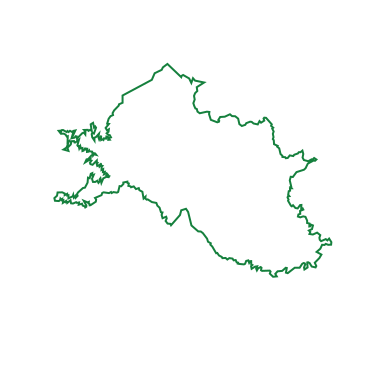 the district of São Francisco de Paula, Rio Grande do Sul, Brazil, rotated 152°
{"feature_id": "56859067B57132169155590", "entity_name": "São Francisco de Paula", "entity_type": "district", "adm_level": 2, "iso_a3": "BRA", "parent_name": "Brazil", "parent_adm1": "Rio Grande do Sul", "projection": "mercator", "projection_center": [-50.466, -29.166], "detail": "fine", "context": "isolated", "style": "outline", "palette": "green", "viewbox_px": 384, "rotation_deg": 152, "n_neighbors": 0, "source": "geoboundaries", "source_scale": "gbopen_adm2", "svg_char_len": 6050}
<svg xmlns="http://www.w3.org/2000/svg" viewBox="0 0 384 384"><g transform="rotate(152 192 192)"><path d="M317.1,248.6L313.8,246.5L312.1,246.9L311.3,247.9L311.1,246.9L309.8,246.9L310.7,245.7L309.4,245.3L311.1,243.0L307.5,243.2L308.0,242.1L307.0,241.9L307.3,240.9L303.2,241.7L304.1,238.8L302.5,237.7L299.1,237.4L298.7,236.4L296.6,235.8L298.0,234.0L294.6,233.3L294.9,231.3L293.4,229.7L293.5,228.5L292.3,228.6L291.6,229.7L291.7,235.1L289.0,231.8L287.8,231.7L288.7,230.5L288.1,229.6L288.6,228.3L287.8,228.0L281.5,228.6L280.2,230.3L280.4,232.3L273.4,231.7L271.7,233.3L270.2,233.2L265.8,230.0L263.5,230.0L263.4,228.8L261.4,228.8L258.6,226.7L257.2,226.7L253.2,231.2L251.8,230.3L248.8,231.3L248.2,232.6L244.2,231.5L244.7,230.4L243.8,229.2L245.3,227.3L243.6,225.8L243.6,224.8L240.8,224.3L240.1,220.9L237.2,220.4L237.6,218.3L235.7,215.5L237.8,209.0L235.3,209.7L236.3,208.2L235.6,206.5L234.6,206.3L232.1,201.9L228.6,199.1L229.0,196.2L228.0,193.4L228.9,188.7L227.7,187.8L229.6,186.0L230.3,182.7L226.4,182.3L226.7,180.6L228.9,178.8L228.4,175.6L226.0,174.0L226.1,172.5L213.4,177.3L210.1,180.9L205.2,180.0L204.8,176.2L208.2,162.7L205.0,154.3L202.8,153.0L201.7,150.6L200.6,143.7L201.2,140.6L199.5,137.9L200.5,136.9L199.7,134.3L199.4,126.6L198.3,126.3L198.0,123.3L196.2,120.7L196.2,119.3L193.3,118.0L192.5,115.8L190.1,116.1L187.5,114.2L187.3,112.1L185.4,111.4L185.6,109.0L184.5,108.0L185.2,107.3L184.2,106.4L180.1,103.7L178.8,103.7L176.5,105.7L174.4,105.2L174.8,102.6L173.1,103.6L172.2,103.2L173.7,100.2L173.0,99.2L174.7,98.7L175.4,96.2L171.4,96.5L169.4,95.8L171.3,94.3L171.5,92.3L169.4,93.6L166.6,93.5L166.2,92.5L167.8,90.5L167.2,89.5L160.3,86.1L160.0,84.9L161.6,83.4L160.2,79.1L156.8,77.7L156.9,80.6L153.7,81.8L149.4,80.0L144.8,81.1L144.0,80.4L146.9,76.7L145.6,75.4L136.9,76.9L132.5,74.6L128.5,76.8L126.9,76.9L126.0,76.2L125.9,75.0L128.5,72.8L129.1,70.8L125.4,71.1L123.3,75.7L122.5,75.5L121.5,74.0L121.3,70.0L118.3,67.4L117.0,68.3L116.8,71.9L110.5,73.9L107.1,76.0L110.1,80.6L105.3,81.7L101.9,84.3L99.8,83.0L98.3,83.4L96.5,81.4L93.9,80.2L92.5,82.3L92.8,86.5L95.2,85.7L96.0,87.6L101.1,88.0L101.6,89.8L101.0,91.8L99.0,93.7L100.6,97.4L105.2,97.7L108.0,99.8L106.3,101.2L106.9,103.1L103.5,102.9L100.9,105.7L102.5,107.6L103.7,106.2L104.6,106.5L103.1,109.0L104.9,110.6L103.8,112.6L103.5,116.8L105.3,118.3L108.3,118.8L110.0,120.6L108.6,122.2L106.7,121.9L105.5,124.5L102.0,124.2L102.0,125.7L103.4,126.0L101.5,129.2L102.7,129.7L106.4,127.9L108.2,129.3L109.0,132.9L110.6,132.5L111.1,133.5L111.3,139.2L110.3,140.0L110.2,142.3L109.4,143.1L108.0,142.6L108.3,144.5L106.2,147.3L104.8,147.1L103.8,149.2L102.3,148.5L102.7,150.1L101.9,150.0L100.2,156.4L97.7,159.1L95.9,157.9L90.4,160.5L82.7,159.1L80.5,159.7L76.4,162.7L69.9,162.7L68.7,161.8L66.9,162.3L68.2,164.7L70.2,164.1L71.0,164.7L74.9,164.6L78.2,167.7L78.2,170.5L75.9,173.3L75.1,176.7L77.5,176.2L79.1,177.0L80.4,176.3L84.2,176.9L85.7,176.2L88.5,178.4L91.5,177.1L93.3,177.8L93.3,178.9L95.7,180.5L95.2,181.5L96.0,184.0L94.5,189.6L95.5,192.0L94.7,192.5L97.1,195.7L95.5,199.3L95.8,200.8L94.3,202.1L93.3,205.4L91.5,207.1L91.4,210.3L90.1,210.6L91.1,213.3L89.8,214.3L91.8,222.7L93.3,223.7L94.3,223.3L94.7,221.1L98.5,220.8L99.1,222.9L102.2,220.8L105.5,223.6L106.4,225.9L107.7,226.8L111.8,227.3L113.4,226.3L117.0,226.9L118.3,229.7L116.8,235.1L118.3,238.6L121.0,240.2L122.0,242.8L127.7,243.1L131.9,245.0L135.0,243.2L134.6,242.0L135.2,241.4L137.0,241.7L141.5,246.9L140.4,252.7L139.1,254.5L141.1,255.9L148.2,257.9L149.4,260.4L148.8,263.1L149.8,264.2L149.6,267.1L149.1,269.8L146.2,272.4L145.1,275.9L142.9,277.8L139.9,278.7L138.6,282.3L129.9,283.0L137.0,288.9L137.7,292.0L141.4,288.6L141.2,293.6L144.9,299.5L146.8,299.4L147.6,298.5L153.6,316.6L159.2,315.7L161.4,314.1L169.2,314.4L174.8,309.9L208.0,309.8L211.4,303.4L215.3,303.7L216.1,302.7L222.5,300.6L225.1,298.9L225.6,297.0L228.3,297.2L231.2,295.8L234.8,292.2L233.4,291.1L238.2,289.1L238.1,286.3L236.0,286.4L237.4,284.4L239.8,283.9L239.0,281.6L237.9,280.8L237.9,278.3L239.5,278.6L240.3,278.0L240.1,276.8L241.5,277.4L240.3,279.9L241.5,281.2L242.9,279.5L244.5,280.7L245.8,279.5L246.3,280.5L247.8,280.5L245.8,284.4L249.3,281.9L248.9,284.5L246.7,287.2L251.1,285.6L252.7,285.8L254.0,283.2L254.4,287.1L253.4,290.2L252.2,291.2L251.2,289.6L246.5,293.9L246.7,295.4L248.2,294.9L246.9,299.5L249.7,299.3L251.9,292.9L252.7,294.7L254.7,294.6L254.8,295.8L258.1,297.4L257.6,295.6L259.2,292.9L259.6,295.3L261.4,295.4L268.4,293.2L267.7,295.2L268.6,295.9L270.1,295.1L273.1,296.0L270.0,299.2L270.1,298.1L266.1,301.1L268.2,301.7L269.4,300.8L271.0,303.3L272.8,302.9L273.3,304.3L274.5,303.8L276.8,307.3L278.1,307.8L279.1,306.9L279.6,308.0L281.0,308.6L280.4,305.0L277.8,303.7L276.7,302.0L276.5,299.7L275.5,299.6L278.6,294.2L277.2,294.5L279.3,292.2L282.1,290.1L285.5,289.8L281.8,286.3L281.2,289.5L276.7,290.9L275.4,292.5L275.7,293.9L272.3,292.4L272.5,290.9L271.7,290.5L267.2,291.3L271.3,287.0L271.2,286.1L270.4,285.8L271.1,283.4L269.1,284.9L269.6,282.7L268.1,282.3L269.5,279.6L268.3,279.4L266.0,280.7L264.5,279.6L265.6,279.1L264.9,278.6L265.9,276.7L264.8,276.3L264.5,277.1L263.4,277.2L263.8,276.4L261.2,274.5L261.7,273.4L259.4,271.5L259.1,269.7L260.8,271.3L262.3,270.6L262.0,271.5L263.6,271.5L268.1,269.8L269.8,270.3L272.4,268.3L266.3,268.7L267.1,267.8L266.1,266.9L268.4,265.7L268.6,264.3L267.0,262.7L261.3,264.5L262.1,263.0L261.6,262.1L262.9,261.7L263.4,259.5L259.3,259.3L259.6,257.7L258.9,257.1L259.9,256.7L261.6,253.9L259.7,253.9L261.3,251.4L259.5,250.8L261.4,248.9L258.6,248.7L258.2,246.9L259.4,246.7L257.6,244.8L258.6,244.2L260.4,245.6L263.9,245.7L267.7,242.6L266.4,247.1L267.7,246.5L268.1,244.9L270.3,244.0L270.3,246.4L272.7,246.3L274.7,247.4L274.1,250.6L270.6,253.4L272.6,253.8L271.3,255.5L272.8,255.6L275.9,252.2L277.1,253.5L279.8,249.3L284.5,246.1L286.4,246.7L292.9,245.1L294.5,244.1L294.8,242.3L297.4,241.5L296.8,243.3L299.0,242.5L298.2,245.2L299.3,244.2L304.1,244.4L302.6,247.2L303.8,247.5L303.1,249.0L305.9,249.0L305.1,250.4L306.7,252.6L310.9,254.7L312.9,252.1L316.4,251.2L317.1,248.6ZM260.5,259.2L261.6,258.7L261.8,257.8L260.8,258.1L260.5,259.2Z" fill="none" stroke="#15803d" stroke-width="2"/></g></svg>